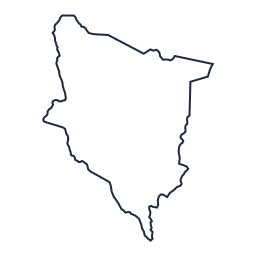 the district of Érico Cardoso, Bahia, Brazil
{"feature_id": "56859067B69191863496369", "entity_name": "Érico Cardoso", "entity_type": "district", "adm_level": 2, "iso_a3": "BRA", "parent_name": "Brazil", "parent_adm1": "Bahia", "projection": "orthographic", "projection_center": [-42.081, -13.425], "detail": "fine", "context": "isolated", "style": "outline", "palette": "slate", "viewbox_px": 256, "rotation_deg": 0, "n_neighbors": 0, "source": "geoboundaries", "source_scale": "gbopen_adm2", "svg_char_len": 2875}
<svg xmlns="http://www.w3.org/2000/svg" viewBox="0 0 256 256"><path d="M73.7,15.5L70.5,15.5L65.2,15.5L63.0,15.4L61.4,16.1L60.3,17.8L59.3,20.2L58.0,22.0L56.8,23.2L55.1,24.9L54.4,27.2L54.9,29.4L54.3,31.1L52.6,33.0L54.0,34.8L54.5,36.4L55.1,38.3L55.0,40.2L55.9,43.0L56.7,45.9L57.6,47.5L57.1,49.4L58.1,51.2L59.0,53.2L59.6,55.8L58.1,56.8L57.0,58.6L57.4,60.3L56.6,61.8L56.4,63.6L56.9,65.1L57.5,67.0L58.2,68.8L59.0,70.9L59.4,73.8L59.8,76.1L60.5,77.6L61.5,79.8L62.6,83.2L62.7,85.8L63.5,88.4L64.2,90.7L65.0,92.8L65.5,95.8L65.8,98.5L64.9,100.3L63.2,100.5L61.4,101.3L59.3,101.4L57.3,100.1L55.1,100.1L53.2,101.0L52.4,102.4L53.1,104.6L52.2,106.3L51.1,108.1L49.2,109.2L47.5,111.5L47.6,113.8L46.6,115.5L44.6,117.0L43.2,119.2L43.8,121.3L46.7,122.5L56.7,125.5L60.9,126.8L63.3,127.6L65.1,128.9L66.4,134.0L67.9,136.0L68.2,139.1L67.9,141.1L67.3,142.9L67.9,145.0L69.1,146.8L69.5,148.9L70.0,150.6L70.7,152.3L70.8,154.1L71.5,155.5L73.7,155.9L74.8,157.7L75.2,159.8L77.5,161.0L78.9,162.1L80.5,161.9L81.8,161.0L83.2,161.5L85.0,163.0L86.6,163.9L87.3,165.4L87.7,167.1L88.0,168.9L89.0,170.3L90.3,171.4L93.4,173.1L99.8,176.6L101.8,177.8L109.4,182.1L110.2,184.1L110.9,186.3L111.3,188.9L111.6,191.4L112.7,194.2L114.0,197.2L115.7,199.4L116.9,201.2L118.1,202.9L119.3,205.2L120.3,206.9L121.5,209.3L123.1,209.9L124.2,211.2L125.5,212.6L127.8,212.0L129.9,212.2L131.1,213.9L133.4,214.7L135.1,215.5L136.8,216.9L138.7,218.3L139.7,220.3L140.4,222.4L141.4,225.0L142.0,228.4L143.4,230.4L144.0,232.1L144.3,233.7L144.8,235.7L146.5,237.0L148.0,238.7L150.7,240.6L152.6,238.6L151.9,236.3L152.3,234.1L152.5,231.8L150.5,229.8L151.6,228.0L150.8,224.9L150.5,222.4L151.9,221.4L150.7,218.9L149.2,217.0L150.0,215.4L150.3,213.4L150.3,211.7L149.7,210.2L149.1,208.6L149.3,206.7L151.1,205.9L152.8,206.8L154.8,207.2L157.0,207.5L158.2,204.8L158.0,202.3L157.8,200.6L158.4,197.7L159.5,195.6L161.0,194.4L163.1,194.7L165.3,195.9L167.1,197.1L168.4,195.2L169.8,193.0L171.3,191.8L172.9,190.8L175.0,189.0L176.6,187.3L178.6,186.4L180.4,185.8L181.6,184.0L181.2,182.3L180.5,180.7L180.8,179.1L181.6,177.1L182.4,175.6L183.8,174.4L184.5,172.5L186.4,170.9L188.2,168.7L186.4,166.4L184.4,165.6L182.8,165.0L179.1,163.7L179.4,160.6L179.7,158.8L179.6,156.6L178.9,153.6L178.7,150.8L179.0,147.5L179.9,145.2L181.1,143.7L182.5,142.8L183.3,141.0L182.0,139.2L180.7,138.1L180.6,136.3L181.6,134.7L184.3,133.0L185.6,131.2L185.3,128.7L185.3,126.9L185.8,125.2L187.1,124.1L187.3,122.3L187.2,120.4L187.0,118.8L187.6,116.9L189.5,115.5L190.4,81.8L194.0,80.7L207.8,76.6L210.4,68.4L212.8,64.0L174.8,56.0L173.2,58.5L170.8,60.4L167.7,59.5L165.4,59.5L163.0,59.7L161.6,57.9L160.1,56.3L159.7,53.6L158.8,51.7L156.6,49.8L154.7,50.3L152.7,50.5L150.5,49.4L143.7,53.7L108.1,35.0L101.0,34.6L94.1,34.2L91.1,33.6L88.7,33.0L87.6,31.5L86.4,29.9L85.3,28.0L83.4,26.8L81.6,26.8L80.8,24.9L78.5,22.8L77.1,20.9L76.1,19.0L75.4,17.1L73.7,15.5Z" fill="none" stroke="#1e293b" stroke-width="2"/></svg>